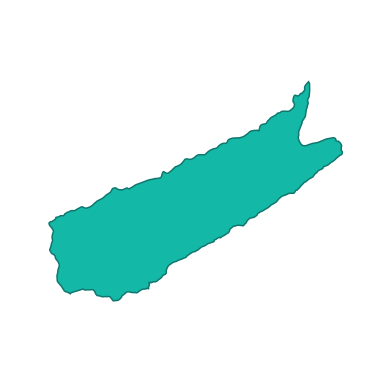 Wiang Kaen, Chiang Rai, Thailand, rotated 46°
{"feature_id": "78962969B86753630377250", "entity_name": "Wiang Kaen", "entity_type": "district", "adm_level": 2, "iso_a3": "THA", "parent_name": "Thailand", "parent_adm1": "Chiang Rai", "projection": "equal_earth", "projection_center": [100.476, 20.016], "detail": "fine", "context": "isolated", "style": "filled", "palette": "teal", "viewbox_px": 384, "rotation_deg": 46, "n_neighbors": 0, "source": "geoboundaries", "source_scale": "gbopen_adm2", "svg_char_len": 6027}
<svg xmlns="http://www.w3.org/2000/svg" viewBox="0 0 384 384"><g transform="rotate(46 192 192)"><path d="M134.4,246.5L134.7,248.2L135.4,250.2L135.5,251.1L134.6,255.8L134.5,260.0L134.2,261.4L133.0,265.2L132.6,266.7L132.4,269.8L132.4,273.0L132.0,275.4L130.6,278.6L129.7,279.7L129.0,280.2L126.9,281.0L126.3,281.4L125.8,282.1L124.6,286.3L124.3,287.8L123.8,289.5L123.3,290.2L122.1,291.1L121.4,292.1L121.0,293.0L121.0,293.7L119.8,296.2L119.7,297.9L119.4,298.6L119.7,299.2L119.7,300.9L119.2,301.7L118.5,302.1L117.9,302.9L117.5,303.8L117.2,305.2L116.9,305.8L115.8,307.3L116.0,308.0L116.7,308.8L116.5,309.4L116.6,310.0L116.3,311.3L116.2,312.2L116.0,313.1L115.6,313.8L115.1,314.3L115.0,316.5L116.7,317.5L121.6,318.0L123.3,318.6L124.2,319.1L124.4,319.4L125.6,321.8L126.6,323.3L127.9,324.6L129.7,325.7L130.2,326.2L130.5,326.7L131.2,328.5L132.8,330.7L134.7,334.4L134.9,334.6L136.1,335.1L138.7,335.6L139.4,335.5L140.8,334.9L142.2,334.9L143.2,335.0L144.9,336.3L149.3,336.8L151.5,337.7L152.9,338.7L155.0,342.6L156.5,344.3L158.4,347.3L162.4,350.7L163.3,351.0L169.4,351.5L174.3,352.5L175.5,352.4L177.3,351.3L180.0,350.3L180.6,350.3L180.5,349.8L180.5,349.2L181.6,346.6L183.9,342.2L185.1,339.7L186.0,338.1L186.8,337.5L188.1,337.2L189.3,335.7L191.6,333.3L192.7,331.7L193.7,331.1L195.3,331.0L196.1,331.1L197.4,331.7L199.0,332.1L199.9,332.2L200.7,332.1L201.4,331.6L202.0,331.0L205.1,329.3L205.7,328.7L206.5,327.5L207.6,326.5L209.4,324.4L210.4,323.8L211.0,323.8L215.6,324.3L215.8,324.1L216.2,323.3L216.8,322.7L218.0,321.3L218.6,320.0L218.9,318.7L218.8,316.0L218.3,315.0L218.1,314.4L218.5,311.1L218.5,308.9L218.7,308.4L219.4,307.3L219.9,306.8L223.4,304.4L223.7,304.1L224.6,302.7L225.4,302.5L226.2,301.7L226.5,300.9L226.6,299.3L226.9,297.5L227.1,296.5L227.6,295.3L228.2,294.3L229.6,292.7L230.0,291.3L230.1,291.1L230.4,290.8L231.3,290.6L231.3,290.3L230.7,290.0L230.3,289.5L229.9,288.4L229.5,287.7L228.9,287.0L228.0,286.4L227.8,286.0L227.2,285.7L227.3,285.4L228.6,284.8L229.4,283.3L229.4,282.8L229.7,282.2L230.8,281.2L231.4,280.2L231.9,278.3L231.8,276.8L232.2,275.1L232.3,273.5L231.8,271.0L231.8,270.6L232.7,268.2L232.5,267.0L232.2,266.5L230.7,265.3L230.4,264.8L229.8,263.4L229.4,262.8L229.1,261.9L228.8,260.6L228.7,259.0L228.9,257.7L229.2,256.8L229.1,255.9L230.1,253.1L231.0,251.6L231.7,249.0L233.4,245.5L233.6,244.3L234.8,242.0L234.6,239.8L234.7,238.5L235.0,237.2L235.0,236.3L235.8,233.0L237.0,231.1L237.2,230.5L237.3,229.3L237.8,228.2L238.1,223.7L238.8,221.8L239.4,220.8L240.0,218.0L240.1,216.6L241.0,215.1L241.8,213.1L242.8,211.2L242.8,210.4L242.7,210.1L242.1,209.7L242.1,209.3L242.1,209.0L242.6,208.0L243.2,204.7L243.6,204.0L244.6,203.5L244.8,203.0L244.8,201.3L245.8,198.4L245.9,196.5L246.4,195.2L246.5,194.0L246.4,192.9L245.8,191.6L245.2,191.1L245.1,190.6L245.3,187.9L245.3,186.3L246.3,184.8L247.7,182.1L250.1,180.0L251.6,178.9L251.9,178.4L252.0,177.6L251.7,176.3L251.8,174.6L250.9,171.8L251.1,168.6L251.3,168.0L252.1,167.1L252.6,165.9L253.3,165.0L253.5,163.9L253.8,161.6L253.3,160.3L253.2,159.5L253.5,158.4L253.5,157.4L254.1,155.9L254.9,153.5L255.3,151.1L256.0,148.7L256.2,147.1L256.3,144.1L256.8,142.4L257.7,138.4L257.7,137.6L257.3,134.9L257.3,132.4L257.5,130.3L257.8,129.4L258.5,128.2L259.1,126.7L259.7,125.4L260.0,123.9L260.2,123.5L261.7,121.6L263.2,120.1L263.7,119.3L263.6,118.4L263.2,117.4L263.0,116.6L263.2,115.8L263.7,115.0L263.6,114.4L263.4,113.9L263.7,112.9L263.5,111.5L263.3,109.2L263.2,108.0L263.1,104.8L263.8,102.3L263.8,99.5L265.1,94.7L264.4,91.0L264.7,88.5L264.4,86.6L264.9,84.6L265.9,82.0L265.8,81.3L265.2,80.2L265.3,79.7L266.9,75.8L267.1,74.9L267.3,71.3L267.8,69.6L268.0,68.0L268.1,65.7L268.0,65.3L268.3,60.5L268.5,59.6L269.0,58.4L268.8,58.1L268.8,57.7L268.6,57.3L267.9,56.2L267.2,55.8L265.9,55.8L264.6,54.7L263.8,53.9L262.8,52.4L262.5,52.1L260.2,51.3L258.8,51.3L257.4,51.4L256.8,51.7L255.7,52.8L255.0,52.8L254.0,51.9L253.6,51.8L252.5,51.8L251.9,52.1L251.2,52.6L250.5,53.5L247.1,58.7L244.1,66.4L243.4,67.8L241.0,71.2L239.7,73.7L238.0,77.5L237.3,78.6L236.5,79.4L235.8,79.9L233.7,80.4L232.5,80.2L229.8,79.5L227.5,78.4L226.6,77.7L226.0,76.9L225.2,75.7L223.2,73.9L222.1,72.2L221.6,70.9L220.4,68.5L219.2,65.7L218.6,64.6L217.9,64.2L216.6,58.8L216.1,57.6L212.1,52.5L211.2,50.6L209.7,48.5L209.5,47.8L209.1,47.1L208.0,46.1L206.5,45.4L205.9,44.5L205.0,42.1L204.5,41.2L200.5,36.6L195.6,32.1L193.7,31.5L193.8,34.1L194.1,36.5L194.5,37.5L195.4,38.9L196.5,39.4L196.8,39.8L197.1,41.5L197.3,43.6L197.2,44.4L196.6,45.7L196.7,46.3L196.9,47.3L196.8,48.5L196.4,49.2L196.2,49.4L194.0,50.5L193.8,51.2L194.0,52.3L194.6,53.5L196.5,56.0L197.4,56.6L198.8,56.8L199.6,57.1L200.2,57.5L200.7,58.1L201.3,59.0L201.6,59.8L201.8,60.9L201.8,62.1L201.6,64.4L201.2,66.2L200.7,66.9L197.9,69.5L196.5,71.2L196.2,71.8L196.1,73.2L196.0,73.8L194.9,75.4L194.8,75.9L194.8,78.6L193.6,82.4L193.3,84.1L193.5,86.1L193.5,88.4L194.1,90.2L194.1,91.1L193.8,92.0L192.3,94.3L191.8,95.8L191.9,96.8L192.2,97.8L194.3,100.9L194.4,101.5L194.1,101.8L193.3,101.8L192.8,102.3L190.5,105.1L189.2,107.1L188.8,108.5L188.7,111.4L188.1,115.7L187.8,116.7L186.4,119.6L185.9,120.4L183.1,123.4L182.0,124.8L181.2,125.9L180.2,127.9L179.9,128.7L179.8,129.7L179.8,130.2L180.5,131.7L180.7,132.6L180.7,133.1L180.6,133.5L180.3,134.0L179.0,135.3L178.6,135.8L177.7,138.1L177.6,138.9L177.4,141.0L177.6,143.0L177.5,143.7L177.3,144.2L175.8,146.6L175.0,148.7L174.6,149.9L174.2,152.5L174.1,156.9L173.9,157.3L171.3,159.7L169.9,161.3L169.4,162.2L169.1,163.2L168.8,166.7L168.5,168.2L168.0,169.7L166.9,171.0L164.4,172.9L163.7,174.0L163.6,174.6L164.1,177.3L164.3,180.9L164.1,181.9L163.2,184.7L162.4,186.3L162.3,186.9L162.3,192.6L162.0,195.2L161.9,195.8L161.4,196.7L160.9,197.2L160.2,197.6L158.0,198.1L157.7,198.3L157.5,198.6L157.5,199.1L157.9,200.2L159.8,203.5L159.8,204.6L159.6,205.3L158.3,207.3L156.7,209.2L155.0,212.1L153.9,213.6L152.6,216.2L149.9,222.7L147.9,227.0L147.5,228.6L147.0,231.4L146.6,233.0L146.0,235.0L145.5,235.5L144.5,235.7L143.8,236.1L143.5,236.8L142.8,239.0L141.6,241.2L139.1,243.2L138.2,243.6L136.7,243.8L136.0,244.1L135.3,244.9L134.4,246.5Z" fill="#14b8a6" stroke="#0f766e" stroke-width="1.5"/></g></svg>